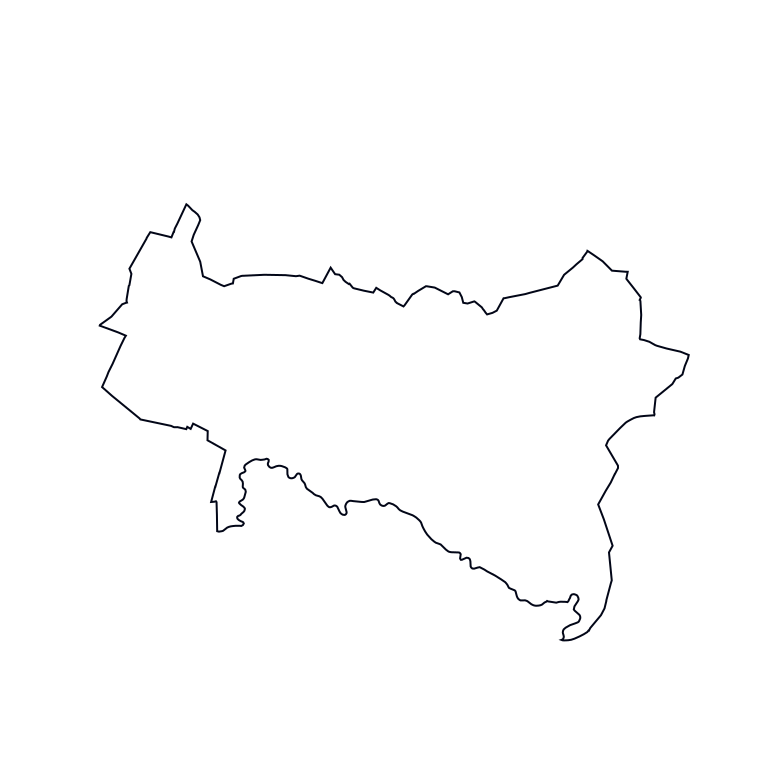 Sokolku pag., Vilanu, Latvia (orthographic projection), rotated 291°
{"feature_id": "27541924B1096385045081", "entity_name": "Sokolku pag.", "entity_type": "district", "adm_level": 2, "iso_a3": "LVA", "parent_name": "Latvia", "parent_adm1": "Vilanu", "projection": "orthographic", "projection_center": [26.989, 56.509], "detail": "fine", "context": "isolated", "style": "outline", "palette": "ink", "viewbox_px": 768, "rotation_deg": 291, "n_neighbors": 0, "source": "geoboundaries", "source_scale": "gbopen_adm2", "svg_char_len": 6139}
<svg xmlns="http://www.w3.org/2000/svg" viewBox="0 0 768 768"><g transform="rotate(291 384 384)"><path d="M581.2,526.2L580.4,526.3L572.8,524.2L571.9,524.6L571.7,524.6L564.8,520.8L560.5,518.7L550.5,513.0L538.1,510.9L521.3,487.3L518.6,483.7L509.8,469.6L507.3,465.8L506.9,464.9L492.9,463.0L489.3,459.8L485.9,455.3L487.0,453.3L488.6,451.0L489.4,449.5L490.6,447.9L493.4,439.5L493.5,438.7L489.1,433.2L488.2,428.9L493.0,425.5L496.5,421.6L495.9,416.7L495.2,415.0L490.7,411.7L492.2,396.8L490.6,389.0L490.3,388.1L483.1,382.5L478.8,379.5L478.8,379.1L477.7,378.3L464.9,375.0L463.4,374.4L464.2,367.1L464.3,367.1L465.0,365.1L466.2,363.8L467.2,362.5L467.5,361.8L467.7,360.7L467.7,359.7L468.5,357.5L468.8,356.1L470.1,346.8L471.0,342.3L465.5,341.2L463.9,331.8L462.6,321.8L462.6,320.8L462.9,320.0L465.3,315.9L464.7,315.4L465.6,311.5L466.3,309.8L466.6,309.0L468.7,306.6L470.0,303.1L469.0,299.0L473.5,292.5L456.1,290.3L456.0,289.2L455.7,282.9L455.2,275.7L454.9,266.4L453.1,263.2L450.3,253.0L443.1,233.2L434.1,212.7L433.5,211.8L428.4,206.0L423.7,206.9L423.1,205.7L418.0,199.7L418.1,196.1L419.4,184.3L419.7,176.4L432.3,168.6L448.1,153.3L455.1,152.9L466.0,153.6L471.1,153.7L473.5,152.0L475.5,149.3L476.9,145.5L477.6,142.8L480.3,137.2L480.9,135.1L459.6,133.6L454.2,133.0L450.6,133.4L450.5,133.1L444.7,133.0L444.4,129.8L442.0,111.4L435.4,110.1L434.7,110.2L400.4,105.0L396.3,108.7L385.0,110.9L384.1,110.6L371.1,113.3L369.1,113.9L367.9,114.9L367.3,114.0L364.6,111.0L349.2,105.4L337.5,97.7L336.6,97.7L336.6,98.0L336.9,117.5L336.6,125.7L334.0,125.2L325.0,124.4L305.5,123.4L296.4,122.5L291.7,122.5L280.1,121.9L275.5,134.2L264.2,168.3L263.6,169.2L268.6,200.2L268.4,203.3L269.5,206.3L269.7,206.6L271.0,215.6L273.5,215.7L272.8,219.6L278.6,220.0L276.9,236.3L268.2,239.4L265.2,259.9L241.9,262.3L241.9,262.1L227.6,263.4L227.6,263.2L211.9,264.9L213.3,267.8L214.3,269.1L213.7,270.0L202.0,274.9L186.8,281.0L187.0,282.8L188.5,285.4L189.3,286.4L193.8,289.1L195.2,290.6L196.2,292.0L197.2,293.8L198.4,296.2L199.9,300.0L200.3,301.6L201.7,302.8L203.5,303.1L204.4,302.2L204.6,301.4L204.6,299.7L204.9,297.5L205.4,296.1L205.8,295.4L206.6,294.8L207.5,294.6L208.7,295.2L209.3,296.1L210.3,296.9L211.6,297.3L214.2,298.7L215.6,299.1L217.6,298.9L218.2,298.4L219.1,296.7L219.8,293.9L220.6,291.9L221.1,291.2L221.8,291.2L222.7,291.5L225.4,293.6L226.5,294.0L227.7,294.2L233.8,293.6L235.5,292.5L235.9,291.8L236.5,289.9L236.9,289.3L237.6,288.9L240.4,288.0L242.2,287.0L243.2,285.6L243.8,284.1L244.6,283.1L245.1,282.7L247.3,282.0L248.3,282.1L248.9,282.5L250.0,283.4L251.3,284.9L252.4,285.6L253.2,285.8L253.8,285.4L255.8,283.4L257.9,283.2L259.2,283.7L262.7,286.1L265.3,288.2L266.5,289.5L267.5,290.7L268.1,292.0L268.9,296.0L269.8,297.8L270.8,299.6L272.1,301.1L272.3,302.3L271.8,303.6L270.1,304.1L268.8,304.0L267.7,304.2L266.7,304.8L265.6,306.5L265.3,307.8L265.3,308.6L265.6,309.5L266.5,310.7L268.6,312.9L269.8,314.8L270.4,316.3L270.7,317.9L270.8,321.4L270.6,322.7L270.3,323.8L269.8,324.3L265.1,326.2L263.0,328.0L262.6,328.9L262.5,330.1L262.7,331.1L263.2,332.2L264.1,333.3L265.1,334.1L268.7,335.0L269.4,335.5L269.8,336.2L270.0,337.1L269.8,337.9L269.2,338.7L268.5,339.3L265.6,341.0L264.7,342.0L263.0,345.2L262.1,346.2L259.7,348.0L258.6,349.6L256.8,356.4L256.1,358.1L255.7,360.3L256.0,363.8L255.8,365.5L254.8,367.7L250.1,374.7L249.5,376.3L249.4,377.2L249.8,378.2L250.6,379.2L252.6,380.9L253.0,381.7L253.1,382.9L252.7,384.3L249.1,388.1L247.9,389.6L247.4,391.1L247.2,392.2L247.4,393.2L247.7,394.3L248.4,394.9L249.1,395.2L250.1,395.3L251.0,395.0L254.9,392.2L256.1,391.6L257.6,391.5L258.9,391.6L260.4,392.0L261.6,392.8L262.7,393.9L263.2,395.3L263.6,397.1L265.9,405.5L266.8,407.9L272.1,414.9L273.6,417.9L273.7,418.9L273.6,419.8L273.1,420.7L270.9,422.6L270.1,423.7L269.8,424.9L269.7,425.9L269.9,427.0L270.3,427.9L270.9,428.6L273.6,430.2L274.5,431.0L274.8,432.0L274.9,435.7L274.2,439.2L273.6,440.7L272.5,442.6L271.9,444.3L271.6,447.2L271.7,457.7L271.4,459.6L270.9,461.9L269.5,465.6L268.7,467.2L267.9,468.3L264.9,470.9L263.3,472.6L261.1,475.2L258.9,478.3L256.1,483.8L254.9,487.2L254.4,489.2L254.5,492.2L254.5,494.4L251.6,501.1L250.8,503.8L250.7,504.9L251.0,506.9L253.6,514.4L253.4,515.5L252.6,516.6L248.5,517.5L247.8,518.2L247.4,518.8L247.8,519.7L251.4,523.3L251.8,525.1L251.5,526.4L250.7,527.3L249.4,528.2L244.7,530.3L243.9,531.2L243.4,532.6L243.9,534.3L246.3,537.4L247.3,539.0L246.7,544.3L246.0,547.5L245.0,556.2L243.6,563.3L242.4,568.3L241.4,570.1L240.6,571.3L238.5,573.6L238.3,575.3L238.2,580.0L237.6,581.1L233.7,583.9L232.4,585.1L231.5,586.4L231.0,588.0L230.9,589.0L232.6,593.3L232.7,595.2L232.5,596.2L231.2,600.5L231.0,602.8L231.2,604.4L231.5,605.5L232.4,607.5L233.4,609.2L234.6,610.5L237.6,612.2L238.9,613.5L239.9,614.0L239.8,614.9L241.6,623.2L243.1,625.2L244.0,626.8L245.8,631.9L246.1,633.4L247.2,633.9L249.8,634.1L250.7,634.3L253.1,634.2L254.6,634.7L255.6,636.0L255.9,636.8L256.0,638.4L255.9,639.7L255.4,640.6L254.2,641.9L252.8,642.8L252.0,642.9L250.6,642.8L244.7,641.5L241.5,642.0L240.7,643.3L238.5,649.2L237.5,650.3L236.2,651.0L235.3,651.2L232.7,651.1L231.8,650.9L230.9,650.3L228.9,648.1L225.6,644.2L221.6,640.9L219.3,639.7L217.9,639.6L216.3,639.9L215.4,640.4L214.0,641.5L212.6,642.4L211.8,642.6L210.3,642.6L209.2,642.0L208.7,641.4L208.7,642.5L209.1,643.9L210.7,647.6L212.3,650.4L214.5,653.1L218.4,657.0L222.0,660.2L225.3,662.7L227.2,663.3L227.2,663.7L230.1,664.0L245.9,669.4L253.5,670.3L261.3,669.3L261.6,669.1L279.4,667.2L282.3,667.0L307.4,654.4L314.9,655.4L336.4,637.8L348.3,627.1L363.9,629.3L373.3,631.0L382.4,631.7L382.4,631.8L389.4,632.6L391.6,631.7L406.3,613.3L411.4,613.5L413.6,614.2L427.5,620.2L434.5,623.5L436.1,624.6L439.0,627.0L441.7,629.4L443.5,631.5L445.6,634.8L447.7,639.0L451.3,646.7L451.5,647.5L452.7,647.4L454.5,646.2L468.6,642.5L487.3,653.2L493.7,654.4L495.4,656.5L499.8,659.2L508.6,658.4L516.8,658.6L520.3,658.1L520.4,649.1L518.4,635.1L517.5,625.2L517.5,623.2L518.5,616.6L518.2,611.0L517.5,607.1L518.3,606.3L522.3,605.5L533.3,601.7L540.6,599.4L553.2,593.7L554.2,592.9L554.2,592.6L556.4,592.8L556.9,592.7L563.0,582.7L568.9,572.8L569.2,572.5L576.1,571.3L575.4,569.4L571.5,556.2L576.9,544.2L579.4,534.2L581.1,526.8L581.2,526.2Z" fill="none" stroke="#020617" stroke-width="2"/></g></svg>